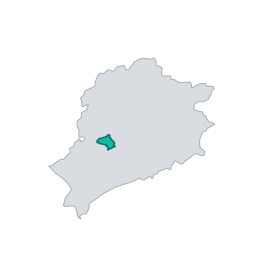 Stowbtsy, Minsk, Belarus shown in context, rotated 330°
{"feature_id": "67162791B19818766020383", "entity_name": "Stowbtsy", "entity_type": "district", "adm_level": 2, "iso_a3": "BLR", "parent_name": "Belarus", "parent_adm1": "Minsk", "projection": "robinson", "projection_center": [26.677, 53.605], "detail": "fine", "context": "in_parent", "style": "filled", "palette": "teal", "viewbox_px": 256, "rotation_deg": 330, "n_neighbors": 0, "source": "geoboundaries", "source_scale": "gbopen_adm2", "svg_char_len": 6552}
<svg xmlns="http://www.w3.org/2000/svg" viewBox="0 0 256 256"><g transform="rotate(330 128 128)"><path d="M204.9,168.2L201.1,168.1L196.5,168.1L194.0,169.5L191.2,168.9L189.3,169.6L184.9,173.5L183.1,175.5L181.6,178.7L180.6,181.0L181.2,182.7L182.1,184.2L182.3,185.8L182.7,187.1L181.6,188.1L181.0,189.4L179.1,189.2L176.7,187.9L176.2,186.0L174.4,184.7L173.2,184.0L171.2,183.9L168.1,184.5L164.1,185.0L161.0,185.1L159.3,185.8L156.9,186.4L155.9,185.7L154.5,183.5L153.3,181.4L152.6,180.5L151.9,180.2L151.1,180.3L150.1,181.0L149.4,181.6L146.8,182.4L145.7,183.2L144.5,185.2L143.7,185.0L142.8,184.6L141.8,182.4L140.5,181.9L138.3,181.9L135.6,181.4L133.5,180.7L132.7,180.9L131.4,181.8L130.0,182.0L127.0,181.1L126.4,181.5L124.6,183.9L123.8,184.0L123.3,183.7L123.6,181.6L121.8,180.9L118.8,180.8L116.7,181.1L115.7,181.0L115.1,180.6L112.6,177.1L111.2,176.9L108.8,177.0L105.2,176.6L101.0,175.8L98.8,175.5L97.6,174.7L95.0,174.5L88.2,173.0L85.4,172.7L81.3,172.7L75.1,172.4L71.0,172.6L69.2,173.1L67.0,173.4L59.6,173.8L56.9,174.2L56.1,174.9L55.2,176.5L52.1,179.3L49.1,181.2L48.6,181.3L46.9,180.3L45.4,180.0L43.7,179.9L42.5,180.2L41.7,180.7L41.8,182.8L41.6,183.0L40.3,180.5L40.5,178.1L41.2,176.8L42.2,175.6L41.8,173.8L42.7,171.5L42.8,169.8L42.4,169.0L41.7,168.2L39.8,167.2L39.0,166.5L36.4,165.5L33.8,164.3L33.4,163.5L33.5,163.0L34.0,162.2L36.0,160.0L38.2,157.7L39.6,156.8L46.9,154.0L48.1,153.0L48.4,151.3L48.3,147.9L47.9,144.8L47.4,142.6L46.1,138.6L42.5,130.3L40.4,121.7L41.8,122.2L45.3,122.4L48.0,121.8L49.4,121.7L50.7,121.9L54.3,121.4L55.2,122.2L56.8,122.9L60.0,121.9L62.8,120.7L65.7,120.8L66.1,120.2L66.8,117.1L67.7,116.5L71.2,116.8L72.5,116.2L73.8,114.7L75.9,113.8L77.6,113.8L79.4,112.7L80.2,113.4L80.7,114.7L80.1,115.7L80.3,116.1L81.5,116.6L83.7,116.6L85.0,116.2L85.3,115.6L85.3,114.5L85.0,113.6L84.1,112.7L82.4,112.3L81.3,112.3L81.1,111.7L81.5,110.6L82.5,108.5L83.8,106.6L84.6,105.9L84.7,105.2L84.6,104.0L84.6,102.0L85.7,99.0L87.3,96.9L89.3,96.2L91.8,95.8L93.5,94.7L94.3,93.6L94.9,91.8L95.7,91.4L101.8,91.6L102.7,89.8L103.2,89.3L104.4,88.7L105.2,88.1L104.9,87.6L103.3,87.3L99.7,87.0L99.0,86.4L99.2,85.7L100.2,83.8L101.1,81.4L101.6,79.5L101.6,78.4L102.2,78.1L105.1,77.7L106.1,77.3L108.6,74.8L110.5,74.4L115.5,75.0L117.8,75.0L120.7,75.1L121.0,74.9L122.0,72.4L126.8,68.3L129.5,66.9L131.1,66.6L131.7,66.7L134.4,68.8L135.0,68.9L136.7,68.0L139.8,67.9L141.2,68.7L143.2,71.3L144.3,71.6L147.2,70.1L148.8,69.6L149.9,69.7L155.5,71.7L155.9,72.3L156.0,73.1L155.2,75.5L156.4,77.0L157.7,78.0L160.6,76.3L161.6,75.9L162.8,75.8L164.3,75.2L165.4,74.3L166.5,74.0L168.5,74.2L172.2,74.0L176.6,75.4L176.9,75.9L179.2,77.6L179.9,78.4L180.6,78.7L181.8,79.5L183.4,80.0L184.4,79.8L185.0,80.1L185.5,80.8L185.5,81.9L185.5,85.0L184.0,86.7L183.8,87.3L183.9,88.0L185.1,89.3L186.8,91.4L187.2,92.7L187.2,93.6L185.1,96.3L184.4,97.0L184.0,98.3L183.7,99.7L183.9,100.3L187.6,102.5L190.3,103.7L190.9,104.3L191.0,104.7L189.6,107.1L189.5,107.7L191.7,108.7L192.9,110.2L194.0,112.8L196.2,115.2L203.9,118.7L204.6,119.4L204.8,120.1L204.7,121.8L203.4,124.9L204.7,125.4L208.1,125.3L212.2,125.7L217.2,127.9L217.2,128.9L216.8,129.8L217.1,130.8L217.7,131.6L222.1,134.1L222.5,134.9L222.6,136.1L222.5,137.0L221.3,137.1L220.0,137.6L217.9,138.6L217.1,140.1L213.7,142.2L211.6,143.2L209.9,143.2L205.8,142.8L204.3,141.8L203.7,140.8L202.1,140.4L200.0,140.3L197.2,140.5L196.6,140.8L196.2,142.0L195.0,143.9L194.1,145.1L197.9,149.0L199.8,150.6L200.4,151.6L200.4,152.3L199.6,153.1L199.7,154.8L201.6,157.0L201.0,157.3L200.9,160.0L201.0,162.9L201.5,163.6L202.5,164.2L203.3,165.2L204.8,167.6L204.9,168.2Z" fill="#d9dde1" stroke="#a8b0b8" stroke-width="1"/><path d="M107.5,123.9L107.4,124.0L107.2,124.0L106.9,124.1L106.7,124.1L106.4,124.2L106.2,124.2L106.0,124.3L106.0,124.5L106.2,124.8L105.9,124.9L105.8,124.7L105.7,124.7L105.4,124.7L105.2,124.8L105.0,124.7L105.0,124.4L104.9,124.4L104.6,124.4L104.5,124.5L104.3,124.5L104.1,124.4L103.9,124.5L103.7,124.5L103.5,124.4L103.3,124.4L103.1,124.3L102.9,124.3L102.7,124.2L102.4,124.2L102.2,124.0L102.1,123.9L101.9,123.8L101.6,123.7L101.2,123.8L101.1,123.7L100.8,123.6L100.6,123.6L100.3,123.7L100.2,123.7L99.9,123.7L99.6,123.6L99.4,123.5L99.2,123.5L99.1,123.4L98.8,123.3L98.6,123.2L98.5,122.9L98.4,122.8L98.1,122.9L97.9,122.9L97.6,122.9L97.4,122.9L97.1,123.0L96.7,123.0L96.4,123.2L96.3,123.3L96.2,123.4L95.9,123.6L95.6,123.5L95.3,123.5L95.2,123.6L94.9,123.7L94.7,123.8L94.8,123.9L94.8,124.1L94.8,124.3L94.9,124.5L94.5,124.6L94.3,124.7L94.4,124.8L94.5,124.8L94.5,125.0L94.4,125.2L94.7,125.2L94.9,125.2L95.2,125.2L95.3,125.3L95.3,125.5L95.2,125.6L95.2,125.8L95.3,126.0L95.1,126.3L95.2,126.5L95.3,126.8L95.5,126.9L95.7,127.2L95.8,127.3L95.8,127.5L96.1,127.8L96.3,127.9L96.7,127.9L97.1,128.0L97.2,128.3L97.1,128.5L97.4,128.8L97.5,128.8L97.8,128.9L97.9,129.2L98.2,129.5L98.5,129.8L98.8,130.1L99.1,130.4L99.4,130.7L99.7,131.0L99.8,131.2L100.0,131.3L100.4,131.4L100.6,131.4L100.7,131.5L100.6,131.9L100.7,132.0L100.4,132.2L100.2,132.4L100.1,132.5L100.1,132.8L100.4,132.9L100.6,132.9L100.7,133.0L100.8,133.1L100.9,133.3L100.9,133.7L100.7,133.9L100.7,134.1L100.8,134.5L101.1,135.0L101.3,135.3L101.3,135.5L100.9,135.7L100.2,135.8L100.1,136.0L99.9,136.2L99.7,136.3L99.5,136.5L99.6,136.8L100.0,136.9L100.4,136.8L100.5,136.8L100.6,136.7L100.8,136.7L100.9,136.8L101.0,136.8L101.3,137.0L101.5,137.0L101.9,136.9L102.1,136.8L102.5,136.9L102.8,136.9L102.9,137.0L102.7,137.2L102.8,137.3L103.1,137.3L103.4,137.3L103.5,137.3L103.9,137.2L104.1,137.2L104.3,137.2L104.5,137.3L104.8,137.4L105.0,137.4L105.3,137.3L105.5,137.3L105.6,137.2L105.6,136.9L105.8,136.9L105.9,137.0L106.0,137.0L106.1,137.3L106.4,137.4L106.5,137.4L106.8,137.4L107.0,137.4L107.3,137.3L107.5,137.4L107.5,137.2L107.5,136.8L107.5,136.6L107.5,136.3L107.6,136.2L107.5,135.9L107.4,135.8L107.2,135.7L106.9,135.6L107.0,135.5L107.2,135.4L107.3,135.2L107.5,134.9L107.8,134.7L108.0,134.5L108.3,134.5L108.6,134.6L108.8,134.5L108.7,134.4L108.8,134.3L108.9,134.2L108.7,133.9L108.5,133.7L108.5,133.3L108.6,133.1L108.6,132.9L108.7,132.7L108.8,132.3L108.8,132.1L108.8,131.9L108.7,131.8L108.6,131.7L108.5,131.4L108.4,131.2L108.1,131.1L107.9,131.0L107.8,130.9L107.8,130.7L108.0,130.6L108.0,130.4L108.0,129.9L108.0,129.6L107.9,129.4L107.7,129.2L107.7,128.9L107.6,128.7L107.6,128.3L107.7,128.2L107.8,128.1L108.0,128.0L108.0,127.9L107.9,127.7L107.6,127.6L107.5,127.4L107.3,127.3L107.3,127.2L107.5,126.9L107.6,126.7L107.7,126.4L107.8,126.2L108.0,126.1L108.2,125.9L108.2,125.7L108.3,125.6L108.4,125.4L108.4,125.2L108.5,125.1L108.6,124.9L108.4,124.7L108.2,124.7L107.9,124.6L107.8,124.3L107.7,124.1L107.5,123.9Z" fill="#14b8a6" stroke="#0f766e" stroke-width="1.5"/></g></svg>